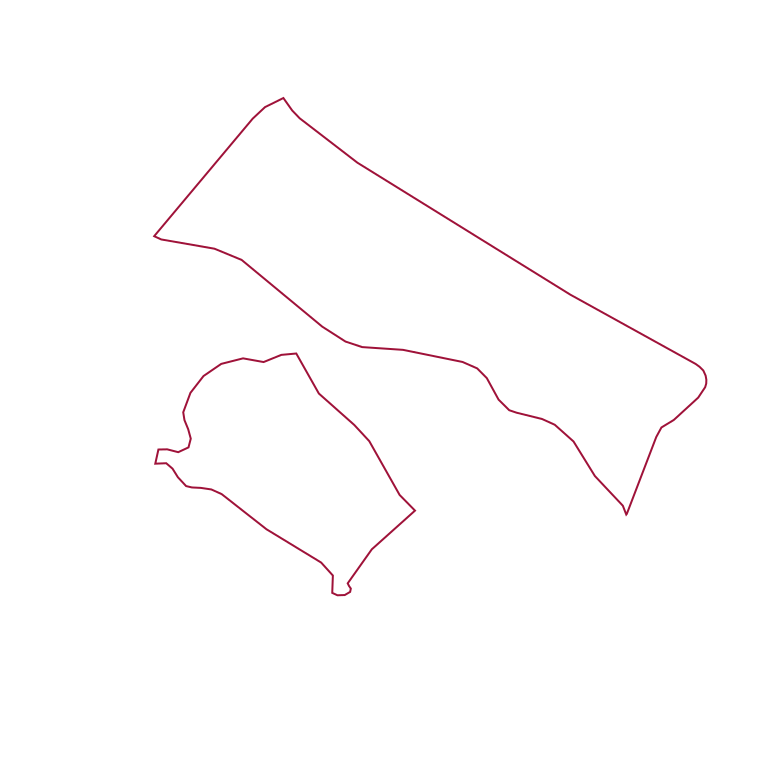 SVG path tracing the border of Pulau Pinang, rotated 306°
{"feature_id": "MYS-1139", "entity_name": "Pulau Pinang", "entity_type": "State", "adm_level": 1, "iso_a3": "MYS", "parent_name": "Malaysia", "parent_adm1": "", "projection": "natural_earth1", "projection_center": [100.346, 5.345], "detail": "fine", "context": "isolated", "style": "outline", "palette": "rose", "viewbox_px": 768, "rotation_deg": 306, "n_neighbors": 0, "source": "natural_earth", "source_scale": "10m", "svg_char_len": 1163}
<svg xmlns="http://www.w3.org/2000/svg" viewBox="0 0 768 768"><g transform="rotate(306 384 384)"><path d="M420.8,656.7L425.9,648.8L433.5,608.7L448.9,571.1L451.4,546.1L448.6,532.5L438.7,508.1L436.4,500.7L438.7,485.9L449.2,463.7L451.4,450.2L448.0,434.6L422.8,379.3L401.0,344.6L395.7,327.9L394.1,300.4L400.7,195.9L393.8,167.3L370.0,118.8L368.5,111.2L368.9,111.2L521.5,121.8L538.1,125.0L556.2,134.5L551.3,149.0L549.4,159.6L547.4,232.5L565.8,482.3L583.4,624.3L583.4,629.2L582.6,634.4L579.8,639.3L576.9,642.3L573.8,644.4L570.2,645.7L557.7,646.2L525.3,639.6L511.9,634.0L501.2,635.4L421.6,656.8L420.9,656.7L420.8,656.7ZM321.9,254.9L331.0,273.7L347.2,283.8L357.1,295.1L338.0,336.9L333.4,384.0L329.1,405.7L303.4,461.9L299.8,483.5L243.1,471.3L201.4,471.8L200.0,474.5L199.0,477.4L195.9,478.8L190.2,476.3L185.7,470.5L184.6,464.9L199.0,455.2L202.6,438.1L197.4,374.3L199.5,317.4L197.2,306.3L192.3,296.9L187.4,289.4L185.1,283.9L187.4,272.1L191.2,262.7L191.9,254.4L185.1,245.8L198.4,240.0L203.7,247.0L207.9,257.6L217.8,263.1L226.2,259.8L232.3,252.2L237.5,243.8L243.1,238.2L263.1,232.6L284.4,233.3L304.6,240.5L321.9,254.9Z" fill="none" stroke="#9f1239" stroke-width="2"/></g></svg>